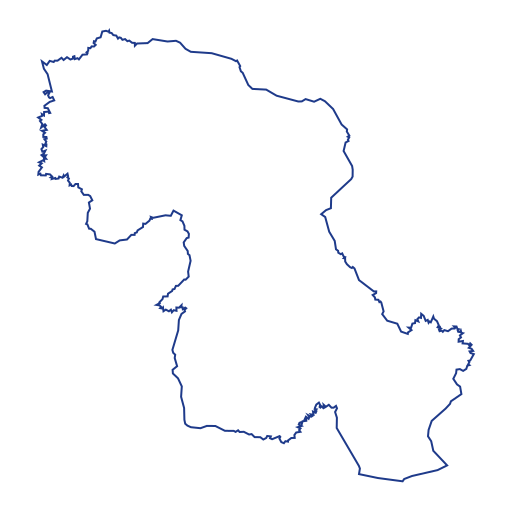 outline of Charoen Sin, Sakon Nakhon, Thailand
{"feature_id": "78962969B64295862325828", "entity_name": "Charoen Sin", "entity_type": "district", "adm_level": 2, "iso_a3": "THA", "parent_name": "Thailand", "parent_adm1": "Sakon Nakhon", "projection": "albers", "projection_center": [103.51, 17.637], "detail": "fine", "context": "isolated", "style": "outline", "palette": "blue", "viewbox_px": 512, "rotation_deg": 0, "n_neighbors": 0, "source": "geoboundaries", "source_scale": "gbopen_adm2", "svg_char_len": 5903}
<svg xmlns="http://www.w3.org/2000/svg" viewBox="0 0 512 512"><path d="M40.9,175.3L45.8,175.4L46.1,173.9L50.0,174.4L52.1,176.5L50.9,177.4L52.2,177.7L51.8,179.0L55.2,178.0L55.5,178.9L58.6,178.5L59.2,176.6L62.5,177.7L63.6,175.4L64.1,176.6L67.5,173.7L68.1,176.3L67.4,177.3L68.9,178.5L68.0,180.6L69.8,182.8L69.6,185.3L71.1,184.5L71.7,186.0L73.6,186.1L75.5,184.0L78.0,184.0L78.3,187.4L81.9,189.3L81.3,191.3L83.8,194.9L88.3,194.9L90.2,196.1L92.3,200.3L88.9,202.5L90.0,208.7L87.8,212.8L87.3,221.3L86.1,223.9L87.4,224.4L89.1,228.7L90.8,228.8L94.5,231.7L96.0,239.1L114.8,243.5L119.7,240.4L127.0,239.5L131.3,234.9L134.6,234.9L134.8,233.1L136.8,232.4L137.6,230.4L143.0,227.0L143.2,223.6L145.5,223.9L149.5,220.6L150.3,218.6L151.6,218.8L151.0,217.0L153.2,217.8L165.5,215.3L170.8,215.8L173.5,210.6L181.8,215.3L180.4,220.1L182.5,221.4L184.4,225.8L184.5,229.7L187.5,231.4L188.9,233.9L188.6,237.6L186.7,238.1L183.7,242.4L184.2,245.9L187.7,251.0L187.9,253.9L189.5,255.2L190.6,260.8L188.1,271.6L188.7,276.6L185.6,279.7L184.2,279.5L178.2,285.8L175.9,285.9L174.5,289.0L172.6,289.4L172.1,291.0L168.0,293.7L167.6,296.4L163.2,296.5L162.5,299.1L159.4,302.3L159.8,303.1L156.5,304.9L159.6,305.4L161.2,307.0L160.2,308.1L162.1,308.5L163.0,307.5L163.5,311.2L165.8,309.6L168.9,311.3L170.9,309.7L171.9,312.3L173.7,310.2L176.5,310.8L176.4,307.5L179.0,307.7L181.5,305.2L181.3,307.3L182.6,307.3L182.8,309.1L185.2,307.6L186.2,308.3L184.5,309.9L185.0,311.4L181.5,313.9L178.9,320.0L178.2,330.4L172.4,349.9L173.2,352.8L175.2,354.7L174.7,358.0L177.1,366.2L172.6,369.8L172.9,373.5L178.0,378.3L181.8,386.4L181.1,396.8L184.1,408.0L184.4,419.8L185.2,423.7L187.4,425.6L190.9,427.2L200.5,428.2L206.9,425.9L215.4,426.0L224.9,430.8L233.8,430.9L235.6,431.9L238.1,430.3L239.6,432.0L243.8,431.8L249.1,434.5L251.6,434.1L254.6,437.1L260.3,437.2L263.3,439.5L266.2,438.0L267.2,436.0L270.8,436.4L270.0,438.2L272.1,439.2L279.6,436.1L280.3,436.9L279.4,438.5L281.3,442.1L283.9,443.2L285.4,441.2L288.0,441.6L288.0,440.5L291.3,438.0L294.7,437.9L294.4,435.0L296.2,432.5L300.4,431.8L299.1,430.0L300.4,428.5L297.7,427.2L301.5,426.0L298.8,424.5L299.5,422.8L300.8,422.3L301.8,424.0L302.5,421.3L306.3,420.8L306.2,419.1L304.8,419.1L305.9,416.7L308.6,418.8L309.4,417.0L308.2,415.2L311.2,416.7L312.3,416.0L311.0,414.4L313.5,414.8L313.0,411.6L315.7,412.8L316.3,411.4L314.7,411.1L316.4,409.3L314.7,409.0L315.0,407.7L316.3,404.6L318.9,402.6L320.1,404.9L319.6,407.0L320.4,407.6L321.8,406.2L323.4,408.2L324.5,407.6L323.8,404.9L325.9,406.8L328.8,404.8L331.5,407.7L333.6,407.7L336.0,405.9L337.0,408.3L335.1,412.0L336.9,417.7L336.7,428.0L358.9,465.9L359.9,468.5L359.0,474.1L377.8,478.0L402.6,481.3L404.2,479.0L412.0,476.0L437.6,470.1L447.1,465.4L433.3,450.8L431.2,441.2L428.0,436.3L428.6,429.9L431.7,420.9L445.6,408.6L450.0,403.9L450.9,401.3L461.4,394.1L460.1,386.6L457.0,384.4L453.3,378.8L456.1,373.2L456.5,369.6L459.9,369.1L463.1,370.9L466.3,368.9L467.3,365.7L469.3,365.1L468.2,364.3L469.3,362.3L468.5,360.8L470.2,360.5L473.8,354.1L470.5,353.0L469.6,351.4L473.1,350.9L471.6,348.8L468.8,347.8L471.6,344.8L470.2,343.4L469.3,345.3L467.9,343.8L462.6,343.4L462.9,341.0L458.6,341.7L458.7,339.2L461.0,337.4L459.9,335.4L462.9,333.2L461.4,332.8L460.8,330.5L459.8,332.0L458.2,331.8L457.7,330.3L458.8,329.2L457.4,328.9L456.5,326.5L454.1,326.4L455.3,327.6L454.7,328.5L451.6,328.6L448.0,331.2L444.3,330.1L442.8,331.8L441.6,330.6L439.6,331.2L439.0,329.7L440.8,328.5L438.7,327.7L440.7,326.7L437.9,326.8L438.8,325.3L437.0,321.2L434.0,318.7L433.3,316.5L430.8,322.3L429.6,321.5L428.6,322.8L427.7,319.9L425.7,320.9L423.7,315.9L421.2,313.8L421.0,317.9L419.0,317.4L417.4,319.1L418.3,321.4L415.4,320.2L415.0,323.1L412.4,323.6L411.1,327.7L408.6,327.6L411.5,330.1L408.0,332.4L407.8,333.9L401.1,331.6L397.3,323.7L387.2,320.7L382.2,314.1L383.6,311.4L381.3,302.6L380.5,301.5L379.4,302.1L378.4,299.8L375.3,299.6L374.9,297.4L372.7,295.0L376.1,293.1L376.2,291.4L373.8,291.4L359.0,280.1L354.5,268.5L352.8,267.0L351.9,268.0L350.1,267.2L346.9,264.2L345.2,261.5L345.1,258.4L343.9,258.2L345.0,257.1L343.7,256.6L342.2,253.4L340.8,254.2L338.3,252.7L338.1,250.8L336.0,249.3L334.7,240.9L329.2,231.7L325.2,217.0L321.2,214.2L326.1,210.1L330.9,208.2L331.2,197.7L351.2,179.1L352.6,176.6L352.7,169.7L352.1,166.0L343.6,151.0L345.6,142.5L348.5,141.0L347.9,139.8L349.2,137.4L347.8,136.7L349.3,135.6L346.8,131.5L347.1,129.4L341.6,124.5L333.1,109.0L324.9,101.2L320.3,98.8L314.1,101.7L305.6,99.1L301.8,101.4L298.3,101.5L276.6,95.7L266.2,89.6L252.4,88.9L248.3,85.0L242.7,72.8L240.9,71.3L239.5,67.1L240.2,66.1L237.1,60.5L236.0,61.2L231.4,58.8L211.7,53.2L190.8,51.8L185.5,48.8L180.1,42.7L176.0,40.8L167.5,41.5L152.6,39.1L147.6,43.1L137.1,43.5L134.9,45.7L134.8,42.9L132.1,42.8L129.3,40.6L127.4,41.2L125.1,39.1L122.4,39.8L120.8,37.8L119.2,37.4L118.0,38.6L116.3,35.6L113.3,35.1L111.6,33.0L109.5,32.7L109.1,30.7L108.5,31.7L106.0,30.8L102.3,31.5L100.6,37.3L96.8,38.4L95.4,41.6L94.0,41.2L93.6,43.0L95.7,44.9L94.0,46.5L91.6,46.4L90.4,48.2L88.3,47.9L88.2,50.8L86.6,52.3L87.6,53.0L87.0,54.4L82.5,54.7L78.9,59.4L77.5,58.2L74.8,59.1L74.4,56.2L73.0,56.7L72.9,58.6L70.4,59.5L67.0,57.2L63.6,60.0L61.5,57.8L57.5,60.7L54.6,60.7L53.7,62.0L49.7,60.9L46.8,65.0L42.0,61.4L43.9,68.7L47.6,74.2L51.9,91.5L46.1,90.6L43.6,92.1L45.1,94.3L47.1,92.6L49.5,92.6L48.1,95.3L49.0,97.4L50.1,98.1L52.6,97.0L54.2,100.4L49.7,101.9L44.4,105.8L44.6,107.9L47.8,108.2L50.2,112.9L49.1,113.1L48.7,111.6L44.1,112.0L44.0,115.4L41.9,114.1L42.3,115.8L38.2,117.5L41.4,119.9L40.0,121.0L42.3,124.0L41.2,127.5L45.0,124.3L46.0,125.4L44.5,127.0L46.7,129.9L42.0,130.8L45.0,132.8L43.3,134.3L43.3,136.9L46.4,137.0L46.7,138.6L44.4,139.2L46.3,141.6L45.3,143.8L46.4,144.3L46.3,146.2L42.8,144.6L43.2,147.1L41.4,149.1L42.4,151.7L45.4,150.6L43.9,153.6L41.5,155.1L43.3,156.7L43.7,155.4L46.0,155.3L44.8,157.1L46.1,158.8L44.0,158.7L44.2,161.1L43.0,160.3L39.1,162.3L41.7,163.4L39.2,165.6L41.9,167.4L38.6,171.8L38.3,174.6L40.4,173.7L40.9,175.3Z" fill="none" stroke="#1e3a8a" stroke-width="2"/></svg>